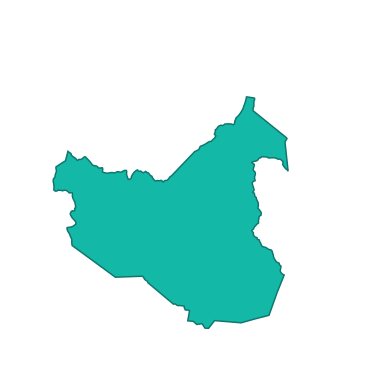 Sabanagrande, Francisco Morazán, Honduras (orthographic projection), rotated 121°
{"feature_id": "27666195B51862105966258", "entity_name": "Sabanagrande", "entity_type": "district", "adm_level": 2, "iso_a3": "HND", "parent_name": "Honduras", "parent_adm1": "Francisco Morazán", "projection": "orthographic", "projection_center": [-87.286, 13.79], "detail": "fine", "context": "isolated", "style": "filled", "palette": "teal", "viewbox_px": 384, "rotation_deg": 121, "n_neighbors": 0, "source": "geoboundaries", "source_scale": "gbopen_adm2", "svg_char_len": 6101}
<svg xmlns="http://www.w3.org/2000/svg" viewBox="0 0 384 384"><g transform="rotate(121 192 192)"><path d="M240.5,321.5L241.5,321.0L242.5,320.2L243.8,319.1L244.2,318.8L247.3,318.2L249.6,317.2L250.2,317.2L252.0,317.5L252.8,317.3L254.6,316.3L255.4,315.5L257.1,314.1L259.2,312.6L260.0,312.1L260.9,311.9L261.4,311.5L261.6,310.9L261.6,310.4L261.6,309.6L261.3,309.1L260.8,308.4L259.8,307.9L259.2,307.3L258.0,305.1L257.7,303.6L256.1,302.3L255.7,301.6L255.5,300.7L255.4,299.0L255.5,298.3L255.9,297.5L256.0,296.7L255.8,296.3L255.2,295.7L254.8,295.0L254.4,294.2L254.5,294.0L254.8,293.7L256.5,292.8L257.3,292.3L258.0,291.6L258.6,291.0L261.0,287.3L262.2,286.1L264.0,284.6L264.9,284.0L265.4,283.8L266.0,284.0L266.5,284.0L267.3,283.7L268.0,283.2L268.4,283.1L268.8,283.2L269.1,283.5L269.6,284.3L269.7,284.9L270.2,285.2L271.0,285.4L272.1,285.4L272.8,285.3L273.4,285.1L273.9,284.7L274.4,284.1L275.9,281.3L277.1,277.2L277.4,276.6L277.7,276.1L278.2,275.7L279.5,275.0L283.1,276.6L284.7,278.1L286.6,280.5L287.0,280.7L287.5,280.5L288.3,279.8L289.5,278.4L291.3,275.0L292.7,273.4L293.7,271.8L294.6,270.7L295.2,270.2L296.7,269.4L297.7,268.7L299.6,267.2L304.5,213.8L289.9,191.4L289.9,190.4L290.0,189.6L290.3,189.1L290.9,188.4L291.5,186.6L291.4,185.0L291.7,184.0L292.5,183.0L297.7,150.2L296.9,149.2L296.6,148.7L296.6,147.9L296.8,146.7L296.6,145.4L295.5,143.9L294.7,141.9L294.1,140.7L294.0,140.3L294.0,140.0L294.1,139.7L294.5,139.4L294.9,139.3L295.5,138.4L295.9,138.1L296.4,137.2L296.4,136.6L296.3,136.2L295.5,135.1L295.1,134.6L295.2,133.4L295.1,132.9L304.6,129.3L302.2,124.2L303.1,119.7L299.7,115.5L302.0,110.7L300.3,107.6L290.6,106.4L278.8,82.5L268.6,72.9L258.0,62.5L234.1,67.3L215.7,70.2L215.8,71.4L215.5,73.4L215.3,74.1L214.9,74.9L214.4,75.5L213.9,75.9L211.1,76.9L209.7,77.6L209.3,79.6L209.0,79.9L208.4,80.4L208.1,80.9L208.1,81.7L208.5,82.7L208.4,83.5L208.2,84.4L207.9,84.7L207.1,86.5L205.6,88.7L203.6,90.4L202.9,91.4L201.5,92.8L201.2,93.3L200.9,94.4L201.6,96.4L201.7,97.0L201.5,100.1L201.6,100.8L202.0,101.6L202.2,102.6L202.4,103.3L202.3,104.1L202.1,104.7L201.7,105.3L200.4,107.0L199.5,108.6L198.5,109.6L198.5,110.1L198.8,110.9L198.8,111.6L198.0,112.3L197.7,112.8L197.7,113.2L197.9,113.9L198.0,114.6L198.0,115.3L197.7,116.2L197.3,116.9L196.9,117.4L195.3,118.4L194.7,120.2L194.4,120.7L194.2,120.9L193.9,120.9L192.0,120.2L191.5,120.3L190.8,120.5L189.6,120.5L188.1,120.1L186.2,119.8L184.4,119.0L183.6,119.4L182.6,120.2L180.1,121.0L179.1,121.7L178.5,121.7L177.7,121.6L176.5,120.9L175.7,121.2L174.7,121.6L174.1,122.1L173.6,122.7L172.5,125.3L172.2,126.4L171.9,127.2L171.4,127.4L169.6,128.0L169.0,128.5L167.4,129.4L166.6,130.5L165.0,132.9L163.7,134.1L163.2,136.1L161.6,137.3L161.0,138.3L160.8,138.9L161.1,139.6L161.0,139.8L160.5,139.9L159.0,139.7L158.5,139.7L158.3,139.8L156.6,141.5L154.6,143.8L153.7,144.7L153.1,145.1L152.3,145.1L151.3,144.8L150.9,144.6L150.1,143.9L149.8,143.7L149.2,144.2L148.0,145.4L147.2,145.9L146.7,146.2L144.5,146.7L143.7,147.1L143.0,147.7L142.5,148.2L142.2,148.9L141.9,150.4L141.5,150.9L141.0,151.2L140.1,151.5L137.0,152.3L136.4,152.7L136.2,153.3L136.2,154.6L135.9,155.8L135.8,156.0L135.5,155.9L134.8,155.5L133.7,154.4L132.6,153.2L131.5,152.4L130.8,152.1L128.4,151.9L127.8,151.5L127.5,150.9L125.8,150.3L125.5,150.1L125.3,149.8L125.1,148.8L124.2,147.5L123.7,146.5L123.2,143.5L122.3,142.3L121.1,140.5L119.8,138.0L119.7,136.4L119.5,135.0L118.6,133.8L118.5,133.3L118.5,132.5L118.8,131.0L119.2,129.7L119.7,129.2L121.3,128.6L122.1,127.9L123.2,125.5L123.8,123.4L124.1,121.5L124.7,120.3L101.3,138.0L97.3,138.1L96.8,139.2L91.1,180.0L91.1,180.5L91.0,181.1L90.8,181.5L90.5,181.8L88.8,182.7L86.5,183.2L83.8,184.8L82.7,185.5L82.2,185.7L80.9,185.8L79.7,186.4L79.4,186.7L79.5,187.3L80.2,189.1L81.0,191.0L82.0,193.5L82.5,194.3L83.3,193.8L85.0,193.4L86.6,192.9L89.9,192.1L91.4,191.9L94.5,191.2L97.9,191.1L100.1,191.2L102.5,191.5L104.8,192.1L105.9,192.4L107.2,192.0L108.6,192.0L111.5,190.8L112.2,190.9L112.7,191.0L113.1,191.5L113.3,192.0L113.3,192.8L113.6,193.7L114.9,195.9L115.6,197.2L116.8,198.7L117.0,198.9L117.8,199.1L118.9,199.7L119.4,200.3L119.7,201.2L120.2,202.0L121.5,202.8L122.3,203.2L123.7,203.4L124.8,203.3L125.3,203.3L125.9,203.5L126.3,204.0L126.7,204.0L127.2,203.8L127.9,203.3L128.6,203.0L129.1,202.9L130.2,202.8L130.8,202.6L131.1,202.4L131.2,202.0L131.3,200.9L131.5,200.6L132.5,200.4L134.9,200.5L135.6,200.9L136.2,201.1L137.0,201.3L137.8,201.3L138.4,201.4L138.9,201.9L139.4,202.7L140.1,203.3L145.1,205.8L147.8,207.8L148.6,208.4L149.2,208.4L151.6,208.1L152.3,208.1L152.7,208.3L153.5,208.9L154.8,209.6L155.5,210.3L156.0,210.5L188.8,217.9L189.6,218.4L190.6,218.7L193.1,218.9L194.0,219.1L194.6,219.3L195.0,219.6L195.8,220.7L196.4,221.3L198.3,221.9L198.4,222.1L198.4,222.3L198.0,223.2L197.9,223.6L197.9,224.1L198.0,224.5L198.2,224.9L198.8,225.3L199.3,225.9L199.5,226.4L199.8,227.3L201.2,228.8L201.3,229.1L201.3,230.1L200.9,231.4L200.0,233.5L199.6,234.0L199.2,234.3L199.2,236.5L198.1,239.1L198.2,239.8L198.5,240.3L198.2,242.0L198.2,242.3L198.4,242.5L198.9,242.6L199.9,243.2L200.5,243.8L200.7,244.3L200.8,244.8L200.5,246.1L200.5,246.7L201.5,248.0L201.6,248.5L201.6,249.1L201.2,249.6L201.2,250.1L201.6,250.5L202.5,251.0L204.3,251.6L205.4,251.8L207.8,252.0L209.3,251.9L210.1,251.8L211.6,251.2L212.1,251.2L212.7,251.6L213.0,251.9L213.4,252.5L213.9,252.8L214.0,253.2L213.8,253.5L212.7,254.7L211.1,256.7L210.1,257.5L208.7,258.2L207.7,258.8L207.4,259.2L207.4,259.7L207.8,260.3L208.6,261.2L209.5,261.8L210.7,262.4L211.7,263.3L212.1,263.8L212.5,265.6L212.9,266.2L213.5,266.8L215.6,268.2L216.4,270.3L216.8,271.0L219.2,274.0L219.8,274.8L220.9,278.3L220.9,278.8L220.7,279.2L220.1,279.5L219.3,279.8L218.4,280.3L217.7,280.8L217.4,281.2L217.5,281.4L217.7,281.8L219.3,283.8L219.5,284.3L219.5,284.7L219.2,285.4L219.0,286.1L218.9,287.1L220.0,290.1L220.1,290.7L220.0,291.3L219.6,292.5L218.4,295.5L216.8,301.5L217.0,302.0L217.4,302.4L220.5,303.5L221.1,303.8L221.4,304.2L222.3,305.7L223.7,306.4L223.9,306.7L223.9,307.3L223.4,308.3L223.1,309.6L223.0,311.0L223.0,312.4L222.7,313.7L222.5,314.3L221.6,315.2L221.3,315.8L221.3,317.8L221.0,319.3L230.4,316.5L234.4,318.6L240.5,321.5Z" fill="#14b8a6" stroke="#0f766e" stroke-width="1.5"/></g></svg>